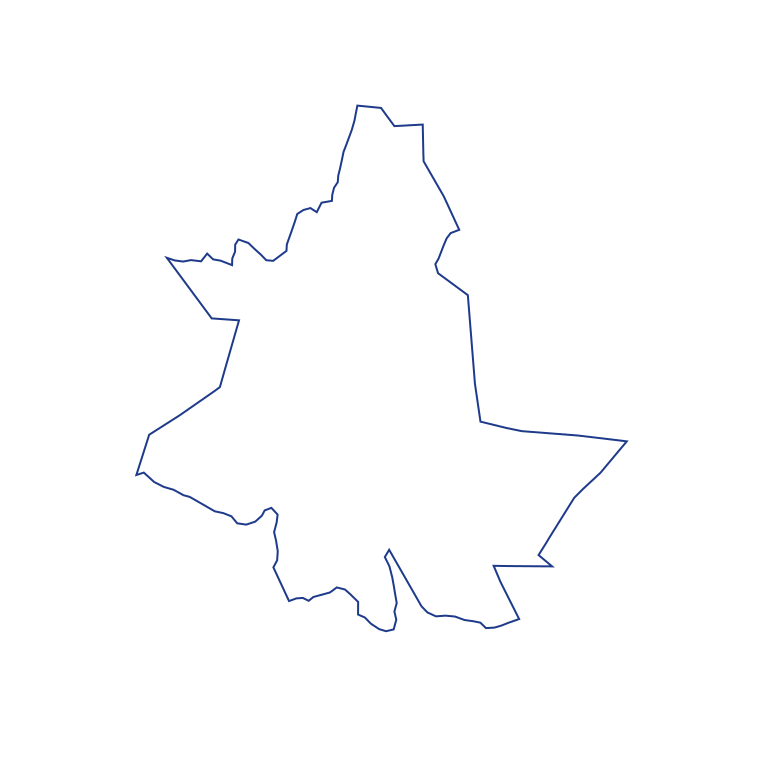 Escada, Pernambuco, Brazil (Albers equal-area conic projection), rotated 307°
{"feature_id": "56859067B6321576756200", "entity_name": "Escada", "entity_type": "district", "adm_level": 2, "iso_a3": "BRA", "parent_name": "Brazil", "parent_adm1": "Pernambuco", "projection": "albers", "projection_center": [-35.273, -8.37], "detail": "fine", "context": "isolated", "style": "outline", "palette": "blue", "viewbox_px": 768, "rotation_deg": 307, "n_neighbors": 0, "source": "geoboundaries", "source_scale": "gbopen_adm2", "svg_char_len": 1894}
<svg xmlns="http://www.w3.org/2000/svg" viewBox="0 0 768 768"><g transform="rotate(307 384 384)"><path d="M354.1,134.6L332.7,206.9L347.6,229.9L300.6,247.9L282.8,254.8L276.7,253.0L235.9,239.6L202.2,227.0L162.3,241.0L168.7,245.5L167.4,259.4L169.3,270.1L172.9,279.6L174.5,290.8L176.9,296.7L178.2,307.1L179.2,315.0L180.5,325.5L184.2,333.4L186.5,341.8L184.4,350.6L188.8,358.6L196.6,364.0L205.3,365.7L211.3,364.8L217.3,368.6L215.7,377.6L209.0,381.5L199.5,385.4L194.0,392.0L186.5,399.8L178.8,404.8L171.0,406.0L153.5,438.8L160.0,443.0L164.3,447.9L165.5,454.3L171.4,455.8L185.0,466.3L193.1,468.7L196.4,476.5L195.8,483.6L194.4,494.5L184.3,502.0L186.0,509.3L184.7,517.8L185.3,527.6L187.8,534.4L193.8,539.4L203.1,535.7L208.6,529.2L216.7,526.0L223.5,518.7L228.3,513.7L234.5,507.0L241.7,498.0L246.3,488.8L254.7,487.9L229.0,547.8L227.7,556.1L229.7,565.3L235.9,572.4L241.0,580.6L244.0,590.4L248.4,598.3L251.4,604.6L250.4,612.3L256.0,618.9L261.8,623.2L268.2,627.1L277.6,633.4L296.1,596.0L304.8,581.0L313.3,592.7L339.5,628.0L340.4,610.4L354.4,609.2L362.1,608.4L407.6,604.4L419.8,606.1L443.4,610.3L471.0,611.7L484.3,612.4L459.7,570.1L429.2,522.3L422.5,508.2L412.0,483.7L438.9,456.5L505.4,397.5L505.0,360.5L510.6,352.9L517.0,352.1L530.0,348.4L537.9,346.4L544.6,346.4L552.4,351.3L569.8,318.9L585.7,281.6L590.9,277.4L614.5,258.8L596.2,237.1L600.0,224.3L602.7,215.5L590.3,195.2L582.2,199.1L576.8,201.8L567.7,205.3L553.1,209.7L545.0,212.0L537.9,215.4L529.4,219.3L523.0,222.0L517.4,225.6L510.6,226.0L503.8,228.9L498.9,232.2L491.2,225.0L480.8,226.9L480.2,219.3L474.4,214.9L467.6,212.4L460.0,215.1L449.8,218.4L437.0,222.4L431.6,226.0L424.4,223.9L415.7,221.4L412.0,215.5L413.2,207.8L414.0,199.0L415.0,190.9L411.8,180.8L405.7,181.3L400.1,185.4L392.9,187.3L387.5,191.1L384.2,179.4L380.7,172.5L381.7,164.3L371.9,164.1L366.8,155.3L360.9,149.9L356.7,142.4L354.1,134.6Z" fill="none" stroke="#1e3a8a" stroke-width="2"/></g></svg>